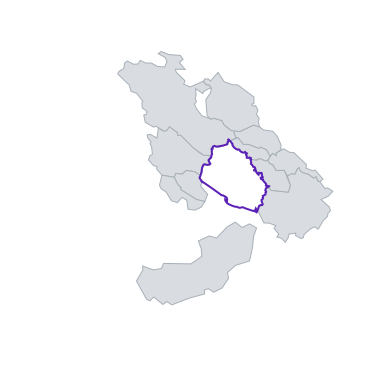 Poland shown with its bordering countries, rotated 213°
{"feature_id": "POL", "entity_name": "Poland", "entity_type": "country or territory", "adm_level": 0, "iso_a3": "POL", "parent_name": "Europe", "parent_adm1": "", "projection": "robinson", "projection_center": [19.099, 51.929], "detail": "fine", "context": "with_neighbors", "style": "outline", "palette": "violet", "viewbox_px": 384, "rotation_deg": 213, "n_neighbors": 11, "source": "natural_earth", "source_scale": "50m", "svg_char_len": 8907}
<svg xmlns="http://www.w3.org/2000/svg" viewBox="0 0 384 384"><g transform="rotate(213 192 192)"><path d="M106.2,165.5L115.6,154.1L118.4,143.8L114.3,139.4L114.5,127.8L119.2,119.7L125.7,119.8L128.2,116.4L125.9,113.4L136.4,101.6L147.4,86.4L153.5,86.4L155.2,81.8L167.0,83.1L167.9,77.7L171.7,77.3L190.1,87.1L190.8,99.9L193.1,103.1L182.0,105.5L175.9,111.3L177.0,116.6L153.8,131.1L148.7,143.4L153.5,149.6L160.0,154.4L153.6,164.6L146.4,166.7L143.5,181.9L139.3,190.3L130.7,189.5L126.4,196.6L118.2,197.0L116.3,188.5L110.9,178.2L106.2,165.5Z" fill="#d9dde1" stroke="#a8b0b8" stroke-width="1"/><path d="M226.4,189.7L234.1,192.0L235.2,194.2L238.9,193.2L246.0,195.3L247.1,199.6L245.7,202.1L250.7,208.1L253.7,209.8L253.4,211.5L258.4,213.1L260.7,215.6L258.1,217.6L250.8,218.2L255.0,227.2L248.8,227.8L246.7,229.8L246.5,234.5L236.9,234.0L234.9,231.9L232.2,233.5L207.8,229.0L202.1,229.2L198.2,231.7L194.7,232.1L194.4,227.9L192.0,223.6L196.4,221.7L196.3,218.0L194.2,214.5L193.8,210.4L200.8,210.5L208.5,207.0L209.9,201.7L215.7,198.8L214.8,194.7L226.4,189.7Z" fill="#d9dde1" stroke="#a8b0b8" stroke-width="1"/><path d="M284.0,287.9L287.9,290.2L295.7,289.6L294.5,293.0L286.2,294.7L276.1,300.2L271.7,298.3L273.1,293.8L264.5,291.0L272.9,286.0L270.5,283.9L258.5,281.5L257.7,277.9L250.7,279.1L242.7,291.3L239.1,289.7L235.6,291.2L232.1,289.5L234.0,288.4L237.1,282.2L236.5,280.5L245.3,280.6L241.5,275.8L240.2,271.9L237.4,270.3L237.8,267.1L234.2,264.6L225.4,261.3L215.6,263.6L213.7,265.8L205.7,268.2L202.1,265.9L192.6,264.8L189.4,266.8L188.8,264.3L184.6,261.7L188.0,255.4L189.6,255.9L187.6,251.7L194.2,243.9L197.9,242.8L198.6,240.2L194.7,232.1L198.2,231.7L202.1,229.2L215.2,229.7L232.2,233.5L234.9,231.9L236.9,234.0L246.5,234.5L246.7,229.8L248.8,227.8L257.8,227.6L259.5,225.5L269.2,225.0L274.4,230.3L272.7,232.2L273.6,235.1L279.5,235.5L282.6,239.5L282.6,241.4L292.3,244.6L297.9,243.2L302.9,247.5L318.6,250.5L319.0,253.3L316.5,258.3L318.7,263.5L317.8,266.6L310.6,267.3L307.0,270.0L307.1,274.2L301.2,274.9L296.4,278.0L289.3,278.5L283.0,282.0L284.0,287.9Z" fill="#d9dde1" stroke="#a8b0b8" stroke-width="1"/><path d="M146.0,260.0L145.5,268.4L141.3,268.4L142.7,270.5L138.6,278.2L132.0,278.4L128.1,280.5L111.0,277.4L109.4,274.1L101.9,275.7L100.9,277.5L89.2,274.2L90.2,270.2L92.5,269.7L96.2,272.3L97.4,269.8L104.1,270.2L109.5,268.5L113.2,268.8L115.4,270.7L116.2,269.1L115.3,262.9L118.1,261.7L120.8,257.4L126.3,260.4L133.3,255.8L139.1,258.7L142.6,258.2L146.0,260.0Z" fill="#d9dde1" stroke="#a8b0b8" stroke-width="1"/><path d="M184.6,261.7L188.8,264.3L189.4,266.8L184.8,268.8L176.8,281.6L170.7,283.4L165.9,283.0L157.2,286.9L150.9,285.1L142.8,279.9L141.4,276.7L140.1,276.6L142.7,270.5L141.3,268.4L145.5,268.4L146.1,264.5L152.7,268.0L159.1,266.8L159.7,264.9L170.7,262.6L174.9,259.8L183.0,262.6L184.6,261.7Z" fill="#d9dde1" stroke="#a8b0b8" stroke-width="1"/><path d="M232.1,289.5L235.6,291.2L239.1,289.7L242.7,291.3L243.0,293.8L239.4,295.8L237.0,294.9L235.3,306.5L225.0,302.0L216.0,304.2L212.2,306.7L191.9,305.4L188.1,299.8L189.9,298.2L188.0,297.0L185.6,299.1L181.1,296.3L180.4,292.4L175.7,290.2L174.8,287.1L170.7,283.4L176.8,281.6L184.8,268.8L192.6,264.8L202.1,265.9L205.7,268.2L213.7,265.8L215.6,263.6L218.7,263.6L221.1,264.5L230.7,276.9L230.5,285.2L232.1,289.5Z" fill="#d9dde1" stroke="#a8b0b8" stroke-width="1"/><path d="M214.8,194.7L215.7,198.8L209.9,201.7L208.5,207.0L200.8,210.5L193.8,210.4L192.0,207.5L188.3,206.5L188.3,201.6L177.6,198.6L176.0,191.0L184.1,188.2L202.9,187.9L203.9,189.8L207.7,190.4L214.8,194.7Z" fill="#d9dde1" stroke="#a8b0b8" stroke-width="1"/><path d="M219.5,177.9L223.0,180.0L226.4,189.7L214.8,194.7L207.7,190.4L203.9,189.8L202.9,187.9L184.1,188.2L176.0,191.0L176.1,184.2L179.5,178.5L186.0,175.4L191.8,182.2L197.4,182.0L198.5,175.1L204.4,173.5L213.7,177.9L219.5,177.9Z" fill="#d9dde1" stroke="#a8b0b8" stroke-width="1"/><path d="M126.1,211.8L127.6,216.6L125.6,219.0L128.1,222.4L129.8,227.3L129.1,230.5L132.0,236.5L128.7,237.4L126.7,236.4L111.2,244.3L113.0,251.0L120.8,257.4L118.1,261.7L115.3,262.9L116.2,269.1L115.4,270.7L113.2,268.8L109.5,268.5L104.1,270.2L97.4,269.8L96.2,272.3L92.5,269.7L90.2,270.2L82.3,267.3L80.6,269.3L74.2,269.3L75.5,262.5L79.7,256.0L69.0,254.3L65.7,251.8L66.3,247.7L65.0,245.5L66.4,239.3L65.9,229.5L70.3,229.5L72.4,226.0L74.9,217.5L73.7,214.4L75.3,212.4L81.4,211.9L82.6,214.0L87.8,209.4L86.4,205.9L86.4,200.6L91.7,201.9L96.4,200.5L96.3,204.0L103.5,206.2L103.2,209.5L110.6,207.8L114.8,205.2L126.1,211.8Z" fill="#d9dde1" stroke="#a8b0b8" stroke-width="1"/><path d="M188.0,255.4L183.0,262.6L174.9,259.8L170.7,262.6L159.7,264.9L159.1,266.8L152.7,268.0L146.1,264.5L145.4,261.2L147.1,257.9L153.0,257.1L158.0,251.5L163.8,250.8L167.5,254.1L171.9,252.1L175.5,253.1L180.8,251.8L188.0,255.4Z" fill="#d9dde1" stroke="#a8b0b8" stroke-width="1"/><path d="M132.0,236.5L135.4,239.4L140.9,240.3L140.4,242.8L144.4,244.7L145.6,242.3L150.6,243.4L151.3,246.3L156.8,246.8L160.3,251.5L155.2,253.6L153.0,257.1L147.1,257.9L146.0,260.0L142.6,258.2L139.1,258.7L133.3,255.8L126.3,260.4L113.0,251.0L111.2,244.3L126.7,236.4L128.7,237.4L132.0,236.5Z" fill="#d9dde1" stroke="#a8b0b8" stroke-width="1"/><path d="M195.3,232.6L195.7,233.3L195.8,233.8L195.7,234.2L195.7,234.6L196.1,235.0L197.3,236.3L197.9,237.5L198.2,238.0L199.0,238.6L199.1,238.9L198.8,239.1L198.5,239.2L198.3,239.2L198.2,239.4L198.4,239.7L198.7,240.0L199.1,241.0L199.1,241.8L198.8,242.0L198.5,242.5L198.3,242.9L196.3,243.2L195.9,243.7L194.8,244.6L194.1,245.1L193.1,246.1L191.4,247.7L190.8,248.4L190.4,248.9L189.0,250.5L188.6,251.1L188.7,251.6L189.2,252.9L189.3,253.4L189.2,253.9L189.1,254.4L189.1,254.6L189.5,254.9L190.2,255.4L190.2,255.6L190.1,255.8L189.9,256.0L189.1,255.8L188.2,255.5L187.9,255.5L187.4,255.4L185.3,254.8L184.0,254.2L183.8,253.9L183.6,253.4L183.0,253.0L181.6,252.6L181.1,252.3L178.9,252.1L178.0,252.1L177.3,252.3L176.9,252.2L176.3,253.0L175.9,253.2L175.3,253.2L174.8,253.1L174.3,252.7L173.4,252.5L172.8,252.6L172.4,252.5L172.0,252.5L171.9,252.6L171.5,252.6L171.1,252.7L170.6,253.0L170.1,253.2L169.6,253.6L169.3,254.5L168.2,254.1L167.9,254.3L167.4,254.4L167.0,254.3L167.1,254.0L167.3,253.6L167.2,253.2L167.1,252.7L166.8,252.5L166.3,252.5L166.1,252.4L166.0,252.2L165.8,252.0L165.4,251.4L164.9,250.7L164.7,250.5L164.2,250.9L163.6,251.2L163.2,251.4L162.5,252.4L161.1,252.5L161.0,252.0L160.9,251.5L160.1,251.4L160.1,251.1L159.9,250.4L158.3,249.0L158.2,248.5L158.2,248.2L158.1,247.9L157.8,247.7L156.5,247.4L156.2,247.5L155.9,247.4L155.4,247.1L154.7,246.8L154.6,246.7L154.3,246.4L154.1,246.4L154.0,246.5L153.8,246.7L153.0,247.0L152.7,246.9L152.4,246.7L152.0,246.2L151.6,245.8L151.2,245.7L150.9,245.4L151.8,244.9L152.0,244.6L151.9,244.0L151.7,243.9L151.4,244.1L150.6,244.3L149.9,244.4L149.6,244.4L147.7,243.2L146.4,242.9L145.6,242.8L145.9,243.5L146.5,244.3L146.4,244.5L145.7,244.9L145.3,245.0L144.9,245.3L144.5,245.7L144.1,245.8L143.8,245.8L143.5,245.6L142.7,244.4L141.7,243.5L141.6,243.3L141.3,243.3L140.8,243.1L140.7,242.8L140.9,242.5L141.2,242.2L141.8,242.1L141.9,241.9L142.0,241.7L142.2,241.4L141.8,241.0L141.2,240.6L139.6,240.9L139.2,241.1L139.0,240.8L138.8,240.5L138.4,240.4L137.8,240.2L137.2,239.9L136.5,239.8L135.2,239.4L134.7,239.3L134.4,239.2L134.1,238.9L133.8,238.5L133.7,237.8L132.8,237.5L131.8,237.3L131.7,237.4L131.7,238.1L131.7,238.5L131.0,238.7L130.4,238.8L130.4,238.6L131.2,237.4L131.6,236.6L132.0,235.1L131.6,233.9L131.5,233.4L131.2,233.1L129.9,232.6L129.8,232.4L130.0,231.6L130.0,231.3L129.6,231.0L129.2,230.3L129.1,229.7L129.6,229.0L129.8,228.6L130.0,227.9L130.2,227.5L130.3,227.4L129.9,227.1L129.8,226.8L129.9,226.2L129.8,225.8L129.3,225.6L129.0,225.2L128.9,224.8L129.0,224.2L129.4,223.3L128.7,222.2L126.8,220.9L125.9,220.0L126.0,219.5L126.4,219.0L127.2,218.6L127.7,217.9L128.1,217.0L128.1,216.9L128.1,216.2L127.3,213.7L127.2,213.1L127.1,212.3L127.1,212.1L128.7,212.6L129.4,212.9L129.3,212.6L129.2,212.3L129.3,211.9L129.3,211.2L127.8,210.9L126.8,210.8L126.7,210.3L126.8,210.1L127.1,210.2L128.1,210.3L130.5,209.4L134.6,208.3L139.1,207.2L140.1,207.1L141.1,206.9L141.5,206.5L141.9,206.2L142.5,205.5L143.9,204.4L146.2,204.1L147.1,203.5L148.9,202.8L153.1,202.0L154.8,201.8L156.5,201.8L158.1,202.4L159.7,203.2L160.0,203.7L159.1,203.4L157.8,202.7L157.3,202.7L158.4,204.8L159.0,205.6L160.2,206.2L161.2,206.3L164.3,206.0L165.4,205.6L165.7,205.3L166.0,205.4L168.0,205.6L170.1,205.7L173.4,205.8L176.8,206.0L180.3,206.1L184.2,206.2L188.3,206.3L188.5,206.3L188.9,205.9L189.4,206.0L190.0,206.2L190.3,206.4L190.4,206.5L190.5,206.8L190.8,206.8L191.4,207.0L192.2,207.4L192.9,207.7L193.5,208.3L193.7,208.9L193.7,209.5L193.7,210.0L193.8,210.1L194.7,213.3L196.1,216.4L196.7,217.8L196.9,218.6L197.1,219.8L197.2,220.6L197.2,221.0L197.1,221.6L196.7,222.0L194.1,223.0L193.6,223.4L192.8,224.2L192.1,225.0L192.0,225.3L191.9,225.5L192.1,225.8L193.0,226.2L194.0,226.6L194.3,226.9L195.1,227.2L195.3,227.5L195.5,227.8L195.5,228.4L195.2,229.3L195.3,229.9L195.0,230.4L194.8,230.9L194.8,231.7L195.3,232.6Z" fill="none" stroke="#5b21b6" stroke-width="2"/></g></svg>